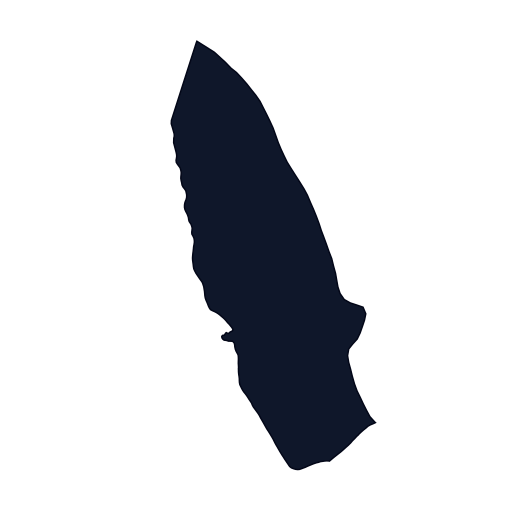 Ayn, Shabwah, Yemen, rotated 326°
{"feature_id": "15242507B91008874349012", "entity_name": "Ayn", "entity_type": "district", "adm_level": 2, "iso_a3": "YEM", "parent_name": "Yemen", "parent_adm1": "Shabwah", "projection": "robinson", "projection_center": [45.555, 14.95], "detail": "fine", "context": "isolated", "style": "filled", "palette": "ink", "viewbox_px": 512, "rotation_deg": 326, "n_neighbors": 0, "source": "geoboundaries", "source_scale": "gbopen_adm2", "svg_char_len": 3759}
<svg xmlns="http://www.w3.org/2000/svg" viewBox="0 0 512 512"><g transform="rotate(326 256 256)"><path d="M261.8,460.9L261.6,460.0L260.6,452.9L261.3,445.8L262.2,438.6L263.3,431.7L264.3,424.4L266.1,417.1L268.7,409.2L271.1,402.7L273.3,396.1L276.2,389.8L280.9,384.9L287.0,383.0L293.5,381.4L299.3,378.0L304.8,373.9L310.0,369.9L314.7,365.3L316.1,358.3L312.1,353.0L307.9,347.6L304.8,341.4L304.7,334.1L306.6,327.4L309.4,321.1L312.2,314.9L314.7,307.5L317.3,300.5L318.9,293.3L320.8,286.1L322.8,278.0L324.4,271.2L325.8,266.4L326.4,264.3L328.2,256.8L329.7,249.7L331.0,242.4L332.6,234.3L333.3,227.3L333.6,219.3L333.8,210.9L334.0,203.3L334.3,195.6L335.3,188.5L336.4,181.6L337.8,174.6L339.8,166.9L341.7,159.5L342.9,152.2L343.9,145.2L344.9,137.2L345.8,130.1L345.7,122.6L345.1,115.6L344.6,108.3L343.6,100.4L342.4,93.0L340.3,86.3L338.9,78.2L337.5,72.5L337.2,71.2L335.4,63.8L329.3,49.9L327.1,44.9L325.9,45.7L292.0,72.4L261.7,96.3L259.7,99.0L258.4,103.2L256.6,108.6L256.1,109.6L255.2,111.0L253.7,112.4L251.1,116.0L247.9,125.1L247.1,127.1L246.1,128.9L244.8,130.4L243.3,131.9L242.3,133.8L242.2,136.2L242.3,138.3L242.4,140.4L241.8,142.4L240.9,144.6L239.8,146.2L238.3,148.0L237.1,149.6L236.1,151.7L235.4,153.6L234.4,155.8L234.1,158.1L234.3,160.4L234.3,162.6L233.5,164.7L232.7,166.6L231.3,168.6L229.7,170.1L228.1,171.1L226.6,172.3L225.2,173.8L223.9,175.7L223.1,177.7L222.7,179.9L222.5,182.2L222.1,184.2L221.5,186.3L220.5,188.3L219.9,190.1L219.9,193.4L219.3,195.6L218.7,197.2L217.4,198.8L216.1,200.3L215.1,202.0L214.9,204.3L214.6,206.3L213.8,208.2L212.7,210.0L211.2,211.7L209.5,213.4L208.2,215.0L206.7,216.8L205.2,218.5L203.7,220.3L202.3,222.1L201.2,223.9L200.2,225.9L199.2,227.9L198.2,229.8L197.3,231.8L196.9,234.0L196.7,236.0L196.6,236.5L196.6,238.7L196.6,240.9L196.6,243.3L196.7,245.6L196.7,247.9L196.2,249.9L195.5,252.3L194.6,254.2L193.5,256.6L192.5,258.4L191.4,260.4L190.5,262.4L189.9,264.6L189.5,266.8L189.1,268.8L188.6,270.8L188.3,272.9L188.3,275.0L189.3,276.9L190.5,278.8L191.5,280.6L192.3,282.4L193.0,284.4L193.6,286.6L194.2,288.7L194.7,290.9L195.0,293.1L195.2,295.4L195.6,297.5L195.8,299.6L196.0,301.8L195.9,303.9L194.7,304.9L192.9,304.7L192.0,304.6L191.6,304.6L190.1,304.9L189.8,304.7L189.3,304.3L189.1,304.0L188.5,302.9L187.6,303.0L186.3,303.6L185.4,304.0L184.3,303.2L183.8,303.2L183.1,303.3L182.5,303.7L182.0,304.9L182.0,306.4L182.4,307.7L182.7,308.1L182.8,308.1L184.4,309.6L185.6,311.2L187.2,312.3L188.9,313.6L189.3,315.7L188.7,317.6L187.7,319.4L186.8,321.6L186.3,323.7L186.1,325.8L185.9,327.9L185.0,329.7L183.8,331.6L182.5,333.4L181.3,335.1L180.2,337.0L179.1,338.8L178.7,339.2L177.8,340.6L176.7,342.3L175.7,344.1L174.6,346.4L173.6,348.3L172.5,350.0L171.5,351.7L170.7,353.6L170.4,355.7L170.1,357.7L169.9,360.0L169.9,362.1L170.1,364.1L170.2,366.2L170.2,368.6L170.1,370.7L170.1,372.8L170.1,375.3L169.6,377.6L169.4,379.8L169.5,382.1L169.6,384.8L169.7,387.6L169.6,390.3L169.3,392.6L169.1,395.5L168.9,398.4L168.7,400.7L168.5,403.1L168.3,405.5L168.3,407.8L168.2,410.7L168.1,412.7L168.0,414.8L167.8,417.5L167.5,419.6L167.2,421.9L167.0,424.1L166.9,426.2L166.7,428.5L166.7,428.8L166.5,431.2L166.4,433.6L166.3,435.6L166.3,437.9L166.2,440.2L166.2,442.4L166.2,444.9L166.2,447.2L166.2,449.3L166.8,451.2L167.0,451.6L168.1,453.2L169.5,454.9L171.1,456.3L172.7,457.2L174.9,457.8L176.7,458.2L178.7,458.7L180.7,459.0L182.8,459.4L184.7,459.8L186.7,460.2L188.7,460.7L190.5,461.2L192.5,462.0L194.5,462.5L196.3,463.4L198.2,464.3L200.0,465.3L201.6,466.5L202.2,467.1L205.6,466.7L208.6,466.4L211.3,466.2L213.9,466.0L216.8,465.8L220.0,465.4L223.4,464.9L227.2,464.4L227.4,464.3L229.8,463.9L232.6,463.1L235.8,462.5L238.7,461.8L240.9,461.5L241.8,461.2L244.9,460.7L247.9,460.3L250.8,460.1L253.7,459.7L256.3,459.9L259.2,460.5L261.8,460.9Z" fill="#0f172a" stroke="#020617" stroke-width="1.5"/></g></svg>